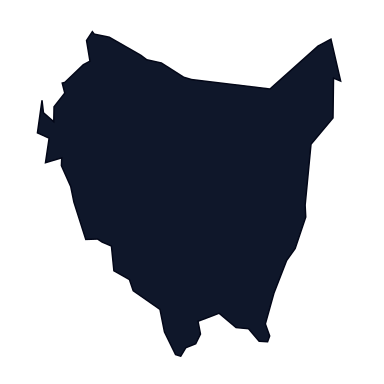 Davidson, Tennessee, United States of America (Equal Earth projection), rotated 178°
{"feature_id": "52423323B37401868728279", "entity_name": "Davidson", "entity_type": "district", "adm_level": 2, "iso_a3": "USA", "parent_name": "United States of America", "parent_adm1": "Tennessee", "projection": "equal_earth", "projection_center": [-86.739, 36.187], "detail": "fine", "context": "isolated", "style": "filled", "palette": "ink", "viewbox_px": 384, "rotation_deg": 178, "n_neighbors": 0, "source": "geoboundaries", "source_scale": "gbopen_adm2", "svg_char_len": 864}
<svg xmlns="http://www.w3.org/2000/svg" viewBox="0 0 384 384"><g transform="rotate(178 192 192)"><path d="M286.0,355.7L292.1,347.1L289.4,326.3L296.2,323.0L315.2,306.0L317.9,305.4L315.7,295.3L326.9,282.0L327.7,267.0L337.7,276.4L338.7,288.9L344.4,256.5L332.9,250.8L337.4,226.4L321.0,230.7L321.6,222.9L313.0,201.7L310.4,186.1L299.8,148.3L288.0,148.3L283.6,145.1L274.4,140.8L272.8,116.0L257.6,106.7L254.2,95.4L228.1,75.8L224.4,53.1L214.1,30.1L209.0,28.3L203.6,36.6L193.6,40.2L188.5,49.7L190.5,62.6L169.2,69.9L152.7,55.0L140.3,53.4L130.1,40.5L121.7,39.7L119.4,45.4L123.3,57.6L113.6,88.2L99.8,120.3L90.9,131.9L79.2,163.0L79.4,174.9L71.4,235.6L48.5,261.1L46.6,300.9L39.6,297.7L47.8,339.9L60.9,333.5L110.5,292.2L188.5,304.4L196.3,307.0L218.1,322.0L232.7,325.8L238.2,330.3L269.3,349.6L284.2,353.2L286.0,355.7Z" fill="#0f172a" stroke="#020617" stroke-width="1.5"/></g></svg>